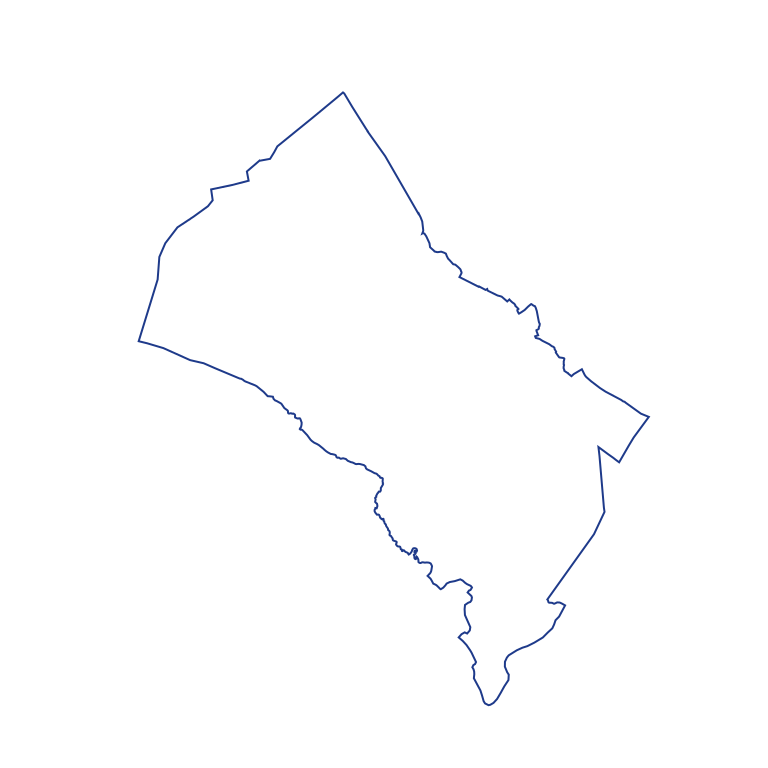 Kota Banjar Baru, Kalimantan Selatan, Indonesia (Albers equal-area conic projection), rotated 25°
{"feature_id": "22746128B6711072078761", "entity_name": "Kota Banjar Baru", "entity_type": "district", "adm_level": 2, "iso_a3": "IDN", "parent_name": "Indonesia", "parent_adm1": "Kalimantan Selatan", "projection": "albers", "projection_center": [114.83, -3.484], "detail": "fine", "context": "isolated", "style": "outline", "palette": "blue", "viewbox_px": 768, "rotation_deg": 25, "n_neighbors": 0, "source": "geoboundaries", "source_scale": "gbopen_adm2", "svg_char_len": 6153}
<svg xmlns="http://www.w3.org/2000/svg" viewBox="0 0 768 768"><g transform="rotate(25 384 384)"><path d="M143.6,448.9L152.1,447.2L168.9,444.7L198.2,444.3L211.8,441.4L224.2,441.1L249.6,440.1L251.2,440.0L252.4,439.6L254.6,439.8L255.5,440.1L257.1,440.3L267.6,439.7L269.5,439.8L278.2,442.0L283.7,444.2L286.4,443.2L288.7,442.5L290.1,444.1L292.2,444.9L293.8,444.8L298.4,445.1L299.4,445.3L303.8,447.9L305.6,448.3L306.8,448.5L308.0,448.8L308.7,449.7L309.2,450.6L309.7,451.0L310.2,451.0L310.7,450.8L312.0,449.8L313.0,449.8L313.5,449.7L314.0,449.2L314.6,449.1L316.2,449.4L316.9,450.4L317.2,451.4L317.6,451.9L319.4,451.9L320.7,451.7L321.4,451.0L322.2,450.7L323.1,451.2L325.7,453.8L326.5,455.8L327.0,458.0L326.7,459.4L326.7,460.4L327.2,460.6L327.9,460.6L328.3,460.2L329.4,460.2L336.0,462.8L340.9,465.5L342.6,466.1L344.0,466.4L345.6,466.7L348.5,466.7L350.8,466.9L356.4,468.3L357.8,468.8L360.1,469.4L362.0,469.7L365.3,469.9L366.8,469.4L369.3,468.9L370.2,468.9L371.3,469.7L371.8,470.3L372.5,470.5L373.3,470.4L373.7,470.0L374.5,469.8L375.1,470.0L376.5,470.0L378.3,468.6L381.1,468.1L383.6,468.9L387.2,468.8L388.2,468.5L389.4,468.4L392.1,468.5L393.0,468.2L394.4,467.3L396.0,466.7L400.0,466.0L402.0,466.5L402.6,467.3L403.4,468.1L404.8,468.5L409.2,468.5L413.1,468.8L414.9,468.5L416.0,468.7L417.5,469.4L419.0,469.5L419.8,470.3L420.3,470.5L420.8,470.4L421.2,470.1L422.4,470.0L422.9,470.3L424.1,473.3L424.7,473.9L425.0,474.8L425.4,475.0L425.5,475.9L425.1,479.6L426.1,481.9L426.0,483.1L424.7,483.8L424.7,484.9L424.3,485.9L424.2,488.7L424.7,489.5L424.1,490.8L424.2,491.2L425.1,492.0L425.8,494.6L427.2,495.2L428.2,495.4L428.9,496.3L429.6,497.4L429.9,499.8L429.6,500.0L429.3,499.8L428.6,500.0L428.8,500.9L428.7,502.1L429.3,503.3L430.4,504.2L432.8,505.4L434.2,504.7L434.8,504.7L436.1,505.7L436.6,506.4L437.0,506.8L437.5,506.8L438.9,507.5L440.3,506.5L440.8,506.7L440.9,507.7L441.6,508.3L442.2,508.3L443.1,509.6L443.8,510.2L444.1,510.2L445.0,510.5L445.8,511.6L446.8,512.3L448.6,513.3L449.4,514.5L449.7,514.7L450.3,514.7L451.3,515.2L451.9,516.0L452.5,517.4L452.7,518.4L453.2,518.8L454.4,518.8L454.8,518.9L455.9,519.7L457.1,520.3L457.8,521.5L458.2,521.8L458.6,521.9L461.6,521.6L462.2,521.8L462.5,522.4L462.6,523.8L462.8,524.4L464.3,525.2L465.4,525.3L466.9,524.7L467.5,524.8L468.0,525.3L469.1,526.7L470.2,526.5L470.5,526.7L470.9,527.7L471.0,527.7L471.4,527.6L471.9,526.5L472.2,526.3L474.4,527.1L476.3,527.0L477.3,527.2L477.6,527.6L478.5,528.1L479.2,527.1L479.6,525.8L479.9,524.2L479.7,522.0L480.0,520.6L480.8,520.0L481.7,519.7L482.3,519.6L483.3,519.8L484.3,520.9L484.4,522.1L484.2,522.4L483.9,522.4L483.1,521.9L482.6,522.0L482.3,522.3L482.4,522.7L482.5,523.4L483.4,523.6L484.1,523.9L484.3,524.3L484.1,524.9L483.2,526.0L483.3,526.4L484.3,527.1L484.5,527.8L485.2,528.9L485.7,529.3L486.3,529.4L486.8,529.3L486.9,529.0L486.5,526.7L487.2,526.9L489.0,528.3L489.5,528.9L490.5,530.8L491.1,531.0L491.8,531.1L492.6,530.9L493.1,530.5L493.9,529.5L494.5,529.2L496.6,528.6L498.1,527.7L499.4,527.2L500.4,526.9L502.1,526.9L503.0,527.5L504.2,528.5L504.6,529.0L505.8,533.4L505.9,535.0L505.8,535.9L504.6,539.5L508.5,540.8L510.4,542.1L513.0,544.1L515.7,544.1L516.9,544.3L520.0,545.4L521.2,545.9L522.2,546.0L523.8,543.5L524.7,540.6L525.1,538.4L527.3,535.7L531.5,532.7L535.7,528.8L538.4,528.9L541.5,529.9L543.8,530.3L547.9,530.3L549.7,531.2L549.7,532.3L549.4,534.2L548.3,535.3L547.9,537.6L552.8,539.2L553.9,540.3L554.7,543.1L554.3,545.1L552.8,546.6L550.8,550.0L552.2,554.0L555.0,559.2L565.0,567.9L565.9,571.1L564.8,575.0L562.1,575.0L560.0,578.0L558.8,582.1L564.0,583.6L569.1,585.7L574.7,589.0L576.9,590.5L584.9,597.1L584.9,599.3L583.8,601.0L583.8,603.4L585.8,604.8L587.3,606.6L588.5,608.9L589.8,612.7L600.9,621.0L604.6,625.0L608.4,629.4L610.6,630.8L614.5,630.9L615.9,629.8L618.0,626.8L619.6,621.7L620.3,614.6L620.8,607.3L621.9,599.7L619.9,594.7L617.5,593.2L613.0,589.1L611.0,584.6L611.0,580.0L611.7,577.2L616.9,569.2L620.9,564.5L624.7,561.0L629.6,554.8L635.1,546.6L637.5,539.9L639.8,534.3L639.8,530.1L639.3,525.6L641.0,520.8L641.7,508.1L637.9,507.8L635.8,507.8L635.0,508.0L633.2,508.8L631.9,510.4L631.0,511.3L628.7,511.3L626.4,512.3L625.6,512.4L625.1,512.1L624.0,510.7L623.1,510.3L637.8,431.4L637.9,406.7L635.6,403.2L609.8,358.3L605.0,350.5L616.8,352.9L622.9,354.0L626.3,354.8L630.2,355.6L631.9,336.2L632.9,326.9L637.9,301.9L629.4,302.3L610.8,298.8L609.5,298.4L608.2,298.7L605.7,298.2L588.1,297.3L581.6,296.4L570.6,294.0L564.4,292.2L562.9,291.5L561.7,290.7L557.1,287.0L551.8,294.8L550.6,297.7L546.5,296.7L546.0,296.3L545.4,296.4L542.0,295.9L541.8,295.8L541.4,295.0L540.1,293.8L539.5,292.4L539.1,290.6L538.5,290.2L537.9,288.7L537.4,287.8L536.9,285.3L536.7,284.8L536.3,284.6L535.0,284.8L531.7,285.8L531.1,285.6L526.4,282.9L526.4,282.0L523.9,280.3L523.3,279.3L522.2,278.8L521.7,278.7L520.3,278.8L516.9,278.1L509.4,277.9L505.9,277.4L502.1,278.1L501.3,277.4L500.8,276.9L503.1,274.7L499.7,271.4L499.4,270.8L500.6,269.3L500.9,268.6L500.8,268.1L500.3,267.1L500.4,265.7L499.8,263.7L498.5,262.7L497.4,261.3L491.7,253.4L489.3,250.8L487.9,249.7L486.4,249.8L483.8,249.3L483.5,249.5L481.9,252.9L480.2,257.5L478.1,261.0L476.6,263.2L475.8,262.8L474.0,261.3L473.6,260.7L473.6,260.3L474.2,259.3L474.1,259.1L469.9,257.6L469.7,257.1L468.2,256.2L465.8,255.8L463.0,254.9L461.9,254.4L460.8,257.1L453.7,255.1L452.2,255.3L449.5,255.8L439.2,255.6L438.4,255.5L437.4,254.3L436.3,255.8L428.9,255.4L428.8,255.9L407.2,255.2L407.4,251.2L407.3,250.4L406.7,249.6L406.0,249.1L405.6,248.5L404.6,247.7L401.8,246.7L398.2,245.7L396.1,246.2L391.0,244.0L389.1,243.3L386.7,241.4L385.0,239.7L383.0,239.6L379.9,239.9L377.0,241.8L375.5,242.3L374.9,242.2L374.3,242.5L373.7,242.5L372.9,242.1L368.0,240.6L365.7,237.2L359.9,232.3L357.1,230.6L356.1,230.7L355.4,231.0L355.1,231.4L354.9,228.9L354.6,228.1L350.0,220.6L346.9,217.6L343.4,214.8L343.3,215.2L288.8,177.0L262.5,162.1L262.6,161.9L259.9,160.3L238.3,146.4L225.2,137.5L223.6,137.1L221.1,142.6L207.5,171.3L186.9,213.7L186.5,220.3L185.6,228.1L177.0,234.2L176.8,234.1L169.9,249.3L175.4,257.0L162.3,267.8L145.1,280.7L151.1,289.9L149.3,297.3L140.7,312.8L138.9,315.7L138.1,317.3L137.9,317.4L130.6,329.3L126.3,348.8L126.7,363.8L134.7,385.0L143.6,448.9Z" fill="none" stroke="#1e3a8a" stroke-width="2"/></g></svg>